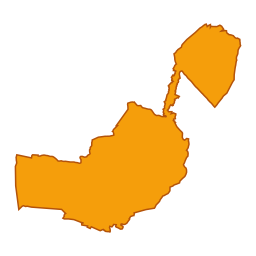 San Simón Almolongas, Oaxaca, Mexico
{"feature_id": "50627088B54769814665330", "entity_name": "San Simón Almolongas", "entity_type": "district", "adm_level": 2, "iso_a3": "MEX", "parent_name": "Mexico", "parent_adm1": "Oaxaca", "projection": "mercator", "projection_center": [-96.713, 16.412], "detail": "fine", "context": "isolated", "style": "filled", "palette": "amber", "viewbox_px": 256, "rotation_deg": 0, "n_neighbors": 0, "source": "geoboundaries", "source_scale": "gbopen_adm2", "svg_char_len": 5799}
<svg xmlns="http://www.w3.org/2000/svg" viewBox="0 0 256 256"><path d="M16.8,154.8L16.3,156.8L16.1,157.6L16.3,158.9L16.3,160.1L16.6,161.7L16.7,163.1L15.4,166.4L15.7,185.8L18.8,209.5L22.1,206.3L23.5,205.7L25.6,206.5L27.2,206.2L31.3,207.1L61.6,209.4L65.6,213.5L64.7,214.0L64.1,215.3L64.3,216.3L62.9,218.2L64.2,218.9L68.3,218.9L73.9,219.6L81.7,222.6L83.6,222.9L81.6,223.3L81.8,225.0L87.6,226.0L87.2,227.1L90.2,228.5L91.3,226.8L98.8,230.1L100.2,230.7L103.2,229.4L104.0,230.3L104.5,230.2L104.8,230.5L105.0,231.1L105.7,231.4L108.2,231.7L109.0,231.5L109.5,231.9L110.0,231.9L110.2,231.3L110.2,230.2L110.0,228.9L109.5,227.6L109.8,226.3L111.9,226.9L113.5,224.9L113.6,224.5L116.2,224.7L115.7,226.2L115.7,226.6L116.3,227.1L118.3,227.9L120.3,229.1L122.1,229.0L122.5,228.5L123.0,227.4L123.1,226.8L122.1,225.8L121.0,225.2L120.9,225.0L121.0,224.4L121.2,224.0L122.0,224.0L122.3,224.0L122.5,224.2L123.6,224.5L124.6,224.4L125.6,224.0L127.0,223.0L127.8,221.7L129.5,219.5L129.3,218.9L129.6,218.9L129.8,217.6L130.8,216.4L133.3,215.6L133.9,215.6L134.3,213.8L134.1,212.9L145.9,209.6L154.4,208.2L154.9,207.5L156.1,205.0L158.8,202.2L159.6,201.2L160.3,199.5L161.7,197.7L162.8,196.0L164.3,195.5L165.8,194.6L168.0,193.5L169.0,192.2L169.9,190.8L170.0,187.1L172.9,186.0L174.2,184.9L176.8,184.0L179.5,182.9L180.0,181.0L182.7,178.3L184.8,176.5L185.9,174.4L186.6,172.2L186.5,169.8L186.0,168.1L185.0,167.3L184.4,166.5L183.6,165.2L183.5,164.4L184.4,162.9L185.1,160.9L186.7,157.3L187.8,156.4L188.0,155.2L188.1,153.3L187.9,152.1L187.5,151.2L186.5,150.3L187.8,148.4L188.2,147.5L188.6,145.6L188.9,144.8L189.0,143.9L188.8,143.1L188.8,142.0L188.4,141.2L188.6,138.9L186.7,138.5L184.7,140.1L183.3,139.5L182.3,137.4L182.5,133.1L181.8,132.0L180.1,130.4L176.8,126.7L174.4,121.8L174.9,121.9L174.4,121.3L174.5,121.1L173.4,120.6L173.7,120.2L173.6,119.7L173.6,119.1L174.3,119.0L175.4,118.7L175.4,118.3L175.0,117.3L175.0,117.0L175.8,115.0L175.8,114.5L175.7,113.7L174.4,113.6L173.9,113.0L173.3,112.9L172.4,113.4L171.2,113.7L171.7,112.9L171.9,111.7L168.6,111.7L168.3,111.5L168.0,110.5L167.6,110.2L167.8,110.1L167.8,109.9L168.1,109.4L168.8,108.7L169.5,107.2L169.3,107.0L170.6,105.0L170.9,104.8L172.0,105.6L172.4,105.7L173.2,105.3L172.9,104.3L173.7,103.9L174.4,102.5L174.4,101.2L174.9,100.6L175.0,100.2L174.5,99.5L174.5,99.3L176.0,98.6L176.5,98.2L178.1,97.5L178.3,97.8L179.3,96.4L175.0,94.5L175.7,91.7L175.1,91.0L175.8,90.1L175.9,89.4L176.2,88.4L176.1,87.1L176.7,86.2L176.6,85.1L177.1,84.8L177.3,84.2L177.2,83.6L177.2,83.3L178.2,82.5L178.5,81.6L178.5,81.1L178.1,80.3L178.1,80.1L179.0,79.1L179.2,78.4L180.1,78.1L179.8,76.9L179.3,74.0L179.6,72.6L179.9,71.9L180.6,71.4L181.4,71.0L182.3,71.2L184.4,74.3L186.1,75.6L187.8,78.0L188.7,78.9L190.9,81.0L191.5,81.6L194.7,85.7L196.5,87.6L197.0,87.9L201.9,93.2L202.8,93.9L202.9,94.2L204.5,95.9L207.1,98.5L208.2,100.1L210.2,102.2L211.4,103.2L213.9,106.3L214.8,107.2L216.8,104.9L218.1,103.0L222.3,97.8L222.5,97.3L223.5,95.9L226.8,93.2L232.1,82.9L233.1,81.2L234.1,79.8L234.2,74.7L235.2,67.4L235.7,65.1L236.1,62.2L236.4,60.9L236.8,60.1L236.4,59.1L236.5,56.9L237.8,53.9L238.1,50.1L239.1,48.0L240.6,45.7L240.6,45.4L240.2,44.5L240.1,43.1L240.1,42.3L239.7,40.7L239.9,40.6L239.8,39.5L239.6,39.5L239.3,39.1L237.5,38.1L237.0,38.4L235.6,38.0L234.9,37.5L233.3,35.7L230.7,34.8L230.4,34.9L229.6,34.7L228.9,34.6L228.5,34.1L227.5,33.5L227.0,33.0L226.5,31.7L226.5,30.8L225.9,30.6L224.8,30.6L221.3,31.1L222.1,30.4L223.5,29.8L223.7,29.3L221.6,26.2L219.9,25.2L216.9,26.6L212.4,26.5L211.2,26.2L210.4,27.3L210.4,24.6L209.0,25.2L207.2,26.6L206.9,25.5L206.2,24.1L205.5,24.5L205.1,24.4L204.4,25.0L203.6,25.4L202.3,26.6L199.9,28.1L195.3,32.5L186.9,39.5L182.2,44.6L181.7,45.8L181.4,47.2L177.9,49.6L177.5,50.2L176.5,51.1L175.7,52.6L174.0,53.8L174.7,57.3L174.8,58.8L174.8,59.2L175.1,60.9L176.0,63.4L176.4,64.0L175.7,64.5L175.2,65.0L174.7,65.7L174.4,66.6L173.1,68.8L173.8,69.4L173.8,70.2L173.6,70.5L174.8,70.6L175.8,71.1L175.5,71.7L175.1,72.0L175.2,73.5L174.6,73.9L174.5,74.9L173.8,75.8L173.0,75.0L172.4,75.7L172.2,76.3L171.4,77.3L171.4,77.6L172.2,78.5L171.6,80.1L171.7,80.4L172.6,80.5L172.5,81.2L172.9,81.5L172.5,81.6L172.0,82.6L171.4,82.4L170.3,83.8L170.0,83.9L169.3,84.9L168.6,85.4L168.3,85.9L169.0,86.7L169.1,86.9L168.9,87.5L169.2,87.8L169.2,88.2L169.2,88.7L169.0,88.9L168.8,89.3L169.0,89.5L169.2,90.0L168.5,91.4L168.4,92.2L168.6,92.6L168.4,93.2L167.1,94.8L166.6,96.9L166.3,98.2L165.8,99.7L165.9,100.1L165.8,100.6L164.4,101.6L164.2,101.8L165.0,103.0L164.9,103.3L165.3,103.6L164.4,106.6L164.6,108.2L163.1,109.2L163.6,109.7L163.6,110.7L163.2,112.2L163.8,113.1L163.7,113.1L163.7,114.4L163.4,114.5L163.6,115.7L164.5,115.5L165.8,115.9L166.3,117.2L165.8,116.7L165.2,116.5L164.4,116.6L162.1,116.6L161.0,116.3L159.8,115.7L158.8,115.4L156.4,115.5L154.7,114.5L154.0,113.7L151.8,110.5L151.0,109.7L149.8,109.2L148.7,109.2L147.2,108.9L145.2,108.3L142.6,107.7L142.2,107.4L140.7,105.5L138.5,105.7L137.2,105.5L134.3,102.1L134.1,102.3L132.6,102.0L130.8,102.2L127.8,103.2L127.6,104.3L127.9,106.5L128.0,109.3L116.3,125.6L117.4,125.7L115.8,127.3L114.0,129.0L113.3,129.9L112.9,131.1L112.6,131.4L112.9,131.5L113.1,131.7L113.7,133.5L113.8,135.1L113.0,135.4L109.5,136.2L104.9,136.3L98.3,137.2L92.2,140.0L92.2,141.2L91.8,142.3L91.7,145.6L91.3,146.3L90.4,147.2L90.2,147.8L90.2,149.2L89.6,149.8L89.6,151.2L89.7,152.3L90.1,153.4L89.7,154.2L87.9,155.2L87.2,155.9L86.9,156.6L86.1,156.9L84.7,157.2L82.3,156.4L80.8,156.4L80.0,157.2L80.3,158.6L81.0,159.6L81.0,162.2L80.8,162.8L80.2,163.1L79.3,163.3L77.6,162.7L75.2,162.4L74.0,162.0L70.3,162.0L65.5,161.3L63.7,161.4L62.1,161.1L61.3,160.8L59.2,161.1L58.1,161.0L56.4,159.2L54.5,157.6L52.9,156.6L51.8,156.4L50.1,156.4L47.6,155.6L46.5,155.5L44.4,155.1L43.5,155.1L41.7,155.4L40.3,156.0L39.5,156.1L38.2,156.0L37.9,155.5L38.0,155.1L32.6,154.8L31.9,155.5L31.5,157.9L16.8,154.8Z" fill="#f59e0b" stroke="#b45309" stroke-width="1.5"/></svg>